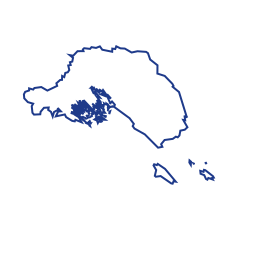 Westport Lea-4, Mayo, Ireland, rotated 230°
{"feature_id": "5873133B76630404476162", "entity_name": "Westport Lea-4", "entity_type": "district", "adm_level": 2, "iso_a3": "IRL", "parent_name": "Ireland", "parent_adm1": "Mayo", "projection": "natural_earth1", "projection_center": [-9.682, 53.797], "detail": "fine", "context": "isolated", "style": "outline", "palette": "blue", "viewbox_px": 256, "rotation_deg": 230, "n_neighbors": 0, "source": "geoboundaries", "source_scale": "gbopen_adm2", "svg_char_len": 6098}
<svg xmlns="http://www.w3.org/2000/svg" viewBox="0 0 256 256"><g transform="rotate(230 128 128)"><path d="M162.1,96.2L166.1,96.9L165.2,98.1L166.7,99.1L168.4,98.6L166.8,97.6L172.0,95.9L172.2,97.2L170.1,98.6L171.9,98.8L173.8,97.1L173.2,95.8L175.6,94.3L176.3,95.3L174.2,96.9L177.4,98.6L176.0,98.2L168.5,100.4L178.2,99.2L177.4,98.6L180.1,97.9L178.7,99.0L182.2,100.0L174.5,99.9L172.0,101.2L177.1,100.1L178.7,101.0L170.3,102.2L173.3,103.3L180.8,102.3L173.0,104.4L178.2,104.6L168.2,105.9L178.2,105.7L179.3,106.0L174.5,107.2L178.9,107.3L180.3,108.9L177.0,107.4L171.0,108.1L178.2,108.6L175.4,109.4L178.4,111.2L174.0,110.0L172.2,110.6L176.1,110.8L175.4,111.4L171.8,110.9L171.9,110.2L173.9,109.6L170.1,108.5L170.8,109.6L168.5,110.5L177.9,111.9L164.4,112.7L164.1,114.0L166.2,115.0L163.8,116.6L169.7,116.3L164.1,117.3L167.8,119.8L162.1,118.5L162.0,119.6L169.4,122.2L167.0,122.6L164.0,120.6L164.8,121.3L163.1,121.6L164.1,122.1L162.7,121.9L165.4,123.8L172.1,124.2L169.4,126.0L177.7,126.1L175.2,124.7L176.9,124.0L181.4,125.2L180.2,126.1L182.0,126.7L182.7,125.7L182.8,126.8L182.1,126.9L178.6,126.1L181.0,126.7L180.8,127.8L177.5,127.1L176.6,128.2L178.7,128.9L173.9,129.3L173.8,130.6L176.3,130.7L172.7,131.7L173.2,133.3L168.3,132.9L166.5,131.9L168.5,131.6L167.6,131.1L167.8,131.0L169.6,132.0L170.0,131.9L169.0,131.2L171.1,130.9L171.3,128.8L166.5,131.4L166.3,131.8L167.0,133.3L166.6,133.7L161.5,133.9L165.7,132.5L159.7,130.7L158.4,131.0L158.6,132.8L154.3,132.9L153.1,131.1L154.4,130.4L155.3,128.5L153.3,130.9L134.5,135.5L127.4,135.1L126.4,132.8L123.4,132.6L112.3,136.8L93.6,138.4L91.5,142.2L94.3,143.0L95.3,148.3L90.9,155.3L90.6,159.1L88.9,160.1L89.2,162.6L92.3,166.4L90.2,170.4L90.4,174.0L98.7,175.5L97.2,176.8L101.3,179.3L99.4,178.7L99.0,180.2L122.8,190.2L130.9,188.7L131.0,189.9L133.4,190.4L144.3,189.6L150.8,185.5L157.1,190.9L166.2,189.0L172.5,191.4L174.7,190.8L180.7,184.6L183.5,179.3L190.9,176.6L193.9,173.4L198.1,171.5L196.7,169.0L198.9,167.0L196.6,164.9L204.5,158.6L208.6,158.9L209.9,155.0L213.4,152.0L213.0,149.8L217.3,145.7L217.2,143.9L215.5,143.3L219.3,138.7L218.6,132.5L221.3,130.2L217.1,131.0L214.7,128.0L215.7,125.8L213.1,124.6L214.3,122.4L210.2,120.3L209.4,117.7L210.5,115.4L208.0,111.9L210.2,111.0L207.3,108.4L208.4,106.9L208.3,101.9L205.8,100.8L208.5,90.3L215.1,87.9L218.8,82.0L218.4,80.1L221.9,77.7L220.3,76.4L221.8,72.5L220.7,69.9L217.4,67.6L212.2,67.9L207.6,71.0L206.6,68.3L201.1,64.6L198.7,64.6L194.9,69.6L196.6,71.5L197.5,76.6L194.7,80.4L193.2,78.5L189.9,79.4L185.2,77.7L187.8,81.6L186.9,86.3L188.5,87.0L183.9,87.3L185.5,85.1L183.3,80.2L179.0,88.3L176.1,87.6L169.4,89.8L167.3,91.5L168.1,93.0L162.1,96.2ZM70.2,122.1L57.8,125.5L56.7,126.4L57.9,128.6L56.2,130.1L72.8,130.1L81.4,127.7L81.0,126.3L83.4,124.7L82.9,123.5L77.7,122.6L74.1,117.8L72.8,118.0L70.2,122.1ZM45.9,157.7L48.7,155.8L46.3,154.2L42.9,156.1L38.8,155.0L37.4,155.6L38.1,157.4L34.1,159.8L35.7,160.1L34.8,161.8L36.5,162.1L46.0,160.1L47.1,159.3L45.9,157.7ZM161.9,117.2L159.8,114.8L155.8,115.8L160.2,115.5L157.8,117.6L160.6,118.4L161.9,117.2ZM153.7,113.3L156.7,112.1L154.6,112.5L151.8,114.6L150.3,114.9L151.3,114.3L152.1,113.1L151.1,113.3L148.9,115.9L153.7,114.8L153.7,113.3ZM59.4,152.4L61.7,154.6L63.6,154.3L62.1,152.8L59.4,152.4ZM160.9,112.3L157.4,113.6L162.1,112.8L160.9,112.3ZM162.6,110.9L164.6,111.5L167.6,110.8L162.6,110.9ZM167.3,108.4L164.9,109.3L167.3,109.4L167.3,108.4ZM171.5,103.1L169.6,104.3L172.0,104.4L171.5,103.1ZM149.9,112.1L152.8,112.2L153.5,111.6L150.2,111.7L152.1,111.0L151.5,109.9L150.1,111.2L149.9,112.1ZM154.4,120.2L157.2,120.3L155.7,118.6L154.4,120.2ZM170.6,107.7L168.9,107.0L166.5,107.2L170.6,107.7ZM161.5,121.2L162.2,120.3L160.6,120.6L161.5,121.2ZM156.0,108.9L156.1,107.8L154.2,108.8L156.0,108.9ZM161.3,123.0L159.3,122.7L162.4,124.1L161.3,123.0ZM153.2,117.3L151.3,117.9L150.5,117.3L151.3,118.6L153.2,117.3ZM161.0,125.0L160.7,125.9L162.1,125.5L161.0,125.0ZM154.0,111.6L156.4,110.9L158.0,110.7L156.8,110.6L154.0,111.6ZM160.2,127.4L158.9,126.9L157.9,127.6L159.3,127.7L160.2,127.4ZM156.7,127.0L155.6,127.4L155.2,128.1L155.3,128.5L156.7,127.0ZM159.4,107.9L161.0,108.0L161.7,107.7L159.4,107.9ZM161.3,110.3L163.0,110.3L160.3,109.9L161.3,110.3ZM161.8,101.1L162.9,101.9L163.5,101.6L161.8,101.1ZM159.9,121.9L157.4,121.0L156.7,121.1L159.9,121.9ZM51.4,165.0L49.9,165.0L52.0,165.5L51.4,165.0ZM172.8,106.7L171.4,107.1L173.5,107.1L172.8,106.7ZM167.1,102.7L168.9,102.9L170.1,102.5L167.1,102.7ZM164.8,104.5L163.5,104.2L160.6,104.7L161.8,104.5L164.8,104.5ZM152.3,125.1L152.5,124.3L150.7,122.6L152.3,125.1ZM159.0,111.7L157.4,112.0L159.7,112.2L159.0,111.7ZM155.5,116.8L155.1,116.1L154.0,116.8L155.5,116.8ZM158.8,99.5L161.9,99.2L162.1,99.0L158.8,99.5ZM165.0,99.0L163.1,98.7L163.0,99.0L165.0,99.0ZM166.4,100.6L165.2,100.2L164.0,100.8L166.4,100.6ZM155.7,125.5L154.4,125.5L155.6,125.7L155.7,125.5ZM155.7,100.4L154.7,100.0L153.9,100.2L154.6,100.5L155.7,100.4ZM151.2,108.1L151.5,108.8L152.0,108.4L151.2,108.1ZM159.8,105.7L161.1,105.8L161.7,105.7L159.8,105.7ZM169.8,101.3L168.6,101.6L170.5,101.3L169.8,101.3ZM158.0,100.0L158.1,99.4L157.3,99.8L158.0,100.0ZM154.7,101.9L155.7,102.6L156.1,102.4L154.7,101.9ZM156.7,103.2L158.3,103.2L158.6,103.0L156.7,103.2ZM160.5,111.8L161.9,112.1L162.0,111.9L160.5,111.8ZM156.1,110.2L154.9,109.9L154.5,110.2L156.1,110.2ZM157.4,126.5L156.7,125.9L156.3,126.5L157.4,126.5ZM157.5,101.1L156.1,101.2L157.6,101.3L157.5,101.1ZM157.4,131.0L158.4,130.4L158.9,130.5L158.5,130.3L157.4,131.0ZM162.3,106.0L163.3,106.3L163.6,106.3L162.3,106.0ZM168.2,132.6L169.3,132.2L168.9,131.8L168.2,132.6ZM163.9,107.3L164.1,107.7L164.7,107.5L163.9,107.3ZM57.7,155.2L58.3,155.6L58.7,155.4L57.7,155.2ZM164.2,111.7L163.3,111.9L164.5,111.8L164.2,111.7ZM175.1,128.7L175.1,128.3L174.4,128.4L175.1,128.7ZM161.4,102.6L162.4,102.6L160.9,102.5L161.4,102.6ZM161.2,113.6L160.5,113.4L160.2,113.5L161.2,113.6ZM162.9,109.4L162.3,109.2L162.0,109.3L162.9,109.4ZM154.4,124.0L154.0,124.2L154.6,124.2L154.4,124.0ZM155.3,103.4L155.0,103.5L155.8,103.5L155.3,103.4ZM174.4,97.7L174.2,97.9L174.9,97.7L174.4,97.7ZM154.9,114.1L155.6,114.2L155.3,114.0L154.9,114.1ZM98.6,180.2L98.4,180.0L97.9,180.1L98.6,180.2Z" fill="none" stroke="#1e3a8a" stroke-width="2"/></g></svg>